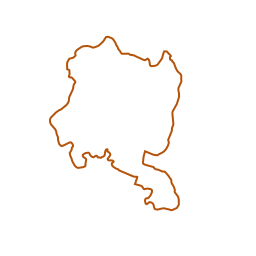 an SVG outline of Ghazni, rotated 337°
{"feature_id": "AFG-1757", "entity_name": "Ghazni", "entity_type": "Province", "adm_level": 1, "iso_a3": "AFG", "parent_name": "Afghanistan", "parent_adm1": "", "projection": "natural_earth1", "projection_center": [67.708, 33.141], "detail": "fine", "context": "isolated", "style": "outline", "palette": "amber", "viewbox_px": 256, "rotation_deg": 337, "n_neighbors": 0, "source": "natural_earth", "source_scale": "10m", "svg_char_len": 5334}
<svg xmlns="http://www.w3.org/2000/svg" viewBox="0 0 256 256"><g transform="rotate(337 128 128)"><path d="M61.3,118.9L59.5,118.5L58.4,115.8L58.9,111.8L59.4,110.4L59.7,110.1L59.8,109.7L59.9,109.2L60.0,105.6L60.2,104.6L60.4,103.9L60.6,103.1L60.5,100.8L58.5,94.5L58.5,92.9L58.5,92.3L59.5,89.8L60.3,88.9L60.6,88.7L61.3,88.2L67.6,85.6L71.6,84.7L73.3,84.8L73.7,84.7L80.5,82.7L81.9,81.9L83.4,80.8L84.5,79.3L85.0,78.2L85.8,77.0L86.4,76.2L90.9,72.2L92.4,70.8L94.8,67.2L95.3,66.7L95.8,66.3L97.3,65.5L97.5,65.0L97.6,64.5L96.6,61.3L96.1,60.0L95.8,59.4L95.7,59.3L94.6,58.8L93.8,58.3L93.7,57.9L93.7,57.5L94.2,56.8L94.9,56.2L95.1,55.9L95.3,55.5L96.1,53.2L96.5,52.3L96.5,51.8L96.3,51.3L95.0,50.2L96.3,46.7L96.6,46.1L97.2,44.7L98.1,43.5L101.0,41.3L104.3,41.8L105.5,41.8L107.7,41.0L108.1,40.7L108.2,40.4L108.6,38.5L108.9,38.0L109.4,37.6L110.3,36.8L110.9,36.5L111.4,36.3L116.2,35.3L118.0,35.2L120.2,35.7L122.8,36.7L125.0,38.2L126.7,40.0L127.5,40.4L128.4,40.6L131.7,40.8L132.6,40.8L133.7,40.6L138.2,39.0L140.2,37.9L141.2,37.0L141.6,36.9L142.1,36.6L142.3,36.4L143.3,35.7L144.9,36.1L145.9,36.8L148.0,38.9L148.6,39.7L149.0,40.6L149.7,44.5L149.7,45.1L149.6,46.4L149.6,47.1L149.7,47.9L150.0,48.8L150.0,49.4L150.0,50.1L149.9,50.7L150.0,51.4L150.1,52.3L150.8,54.4L150.8,55.7L151.3,57.1L152.0,57.6L152.9,57.9L157.3,59.7L157.7,60.0L158.4,61.3L161.8,63.4L162.8,64.6L163.1,65.0L169.1,71.5L169.6,71.9L170.0,72.1L170.4,72.2L171.1,72.1L171.7,72.0L173.3,71.9L173.9,73.8L173.9,74.3L173.8,75.0L173.3,76.7L172.9,78.1L172.9,78.9L173.0,79.4L173.1,79.6L173.3,79.9L174.0,80.3L174.9,80.7L177.7,81.4L178.4,81.4L179.6,81.3L180.2,81.1L186.1,77.5L186.6,77.1L189.6,73.3L191.3,71.6L193.4,72.6L193.7,73.0L194.0,73.6L194.1,74.1L194.7,75.9L195.4,77.4L195.6,78.1L195.6,78.5L194.9,78.7L194.6,78.9L194.3,79.2L194.0,79.8L193.8,80.5L193.6,81.4L193.8,81.8L194.1,82.2L194.4,82.5L194.8,82.8L194.9,83.1L194.8,84.1L194.9,84.4L195.4,85.0L195.6,86.9L195.6,87.0L195.4,90.1L195.5,93.2L195.7,94.8L196.0,95.8L196.8,97.5L197.4,99.0L197.6,99.9L197.5,100.6L195.8,104.5L195.4,106.0L190.3,110.7L189.5,111.9L188.8,114.3L188.5,115.9L188.0,117.3L187.4,118.8L186.6,120.0L182.3,125.0L175.7,130.1L174.9,131.2L174.4,132.3L171.2,142.4L168.3,145.5L167.8,146.6L166.9,148.1L162.0,153.0L161.2,153.8L160.5,154.4L160.3,154.8L160.2,155.6L160.0,157.0L159.5,158.0L157.7,160.0L154.8,162.3L153.9,162.8L152.0,163.6L150.1,164.0L145.8,164.3L144.9,164.6L144.3,164.5L143.6,164.2L140.7,162.3L134.6,156.1L131.2,160.4L128.3,165.6L128.1,166.2L128.1,166.5L128.1,166.9L129.6,168.7L136.2,173.9L136.7,175.9L137.4,176.8L139.5,178.2L142.6,181.4L143.0,181.7L144.4,182.3L144.7,182.5L144.9,182.8L145.2,183.4L146.6,188.0L147.1,190.7L147.4,191.6L147.5,192.3L147.5,192.9L146.9,194.5L146.7,195.4L146.7,196.4L147.2,199.9L147.0,203.1L146.4,204.2L146.1,204.7L146.0,205.4L146.2,206.4L147.1,210.0L147.2,210.8L147.2,211.5L146.7,213.9L144.8,218.5L142.0,220.5L141.6,220.7L136.9,220.8L136.3,220.7L135.6,220.4L134.7,219.7L133.6,218.7L131.6,217.4L130.2,216.2L129.3,215.8L127.9,215.4L123.5,214.7L123.1,214.5L122.0,213.8L121.3,213.3L121.1,213.0L121.0,212.5L121.0,211.7L121.5,208.4L121.4,207.6L121.2,206.9L120.4,205.8L119.8,205.3L119.3,204.9L119.0,204.7L118.7,204.7L118.4,204.7L118.0,204.8L116.0,205.4L115.7,205.4L115.1,205.2L114.9,204.6L114.8,203.9L115.0,202.6L115.2,201.7L115.6,200.9L116.0,200.5L116.4,200.1L116.6,200.0L116.8,199.9L117.1,199.9L118.2,200.2L118.9,200.3L119.1,200.4L119.4,200.3L119.8,200.2L121.7,199.2L123.0,198.3L124.2,197.2L125.1,196.1L125.4,195.6L125.6,195.1L125.7,194.6L125.6,194.2L125.3,193.6L124.7,192.9L122.3,191.4L121.8,191.2L119.1,190.7L118.9,190.5L118.7,190.3L118.1,187.3L117.0,185.9L112.5,182.4L117.3,176.9L117.4,176.6L117.2,176.4L114.8,175.3L114.1,174.8L103.3,163.6L103.1,163.3L103.0,162.5L102.8,162.2L101.0,160.5L99.2,157.7L98.8,156.6L98.8,155.7L98.9,155.3L99.0,154.9L99.2,154.5L99.4,154.2L99.7,154.0L99.9,153.9L100.9,153.8L101.2,153.7L101.4,153.5L101.6,153.3L101.6,153.0L101.5,152.7L101.3,152.4L101.0,151.9L100.4,151.5L97.9,150.4L97.5,150.1L97.1,149.4L97.1,148.9L97.2,148.5L97.5,148.2L100.2,146.7L100.6,146.4L100.9,146.1L101.2,145.7L101.4,145.3L101.4,144.9L101.4,144.4L101.3,143.8L101.1,143.3L100.9,142.9L100.8,142.7L100.5,142.3L100.1,141.8L100.0,141.7L100.0,141.4L100.1,141.2L100.2,140.9L100.5,140.4L100.6,140.2L100.6,139.9L100.7,139.6L100.5,139.4L100.1,139.3L99.3,139.4L98.9,139.7L98.6,139.9L97.4,141.4L96.6,142.8L96.0,143.7L95.6,144.1L95.2,144.3L94.8,144.5L94.3,144.6L92.1,144.6L91.6,144.8L91.2,144.8L90.9,144.6L90.3,144.0L89.9,143.7L88.9,143.4L88.7,143.2L88.6,142.9L88.7,142.2L88.6,141.9L88.5,141.6L88.4,141.4L88.1,141.2L87.8,141.1L87.1,141.1L84.9,141.4L84.6,141.4L84.3,141.2L83.8,140.7L83.1,139.6L82.8,138.8L82.6,138.0L82.5,136.2L82.4,135.8L82.2,135.5L81.8,135.2L81.2,135.0L79.1,134.5L77.2,134.7L76.2,135.0L75.9,135.2L75.6,135.5L75.5,135.9L75.5,136.7L75.7,137.3L76.1,138.0L77.0,139.5L77.2,139.8L77.3,140.2L77.1,140.8L76.6,141.7L75.4,143.4L74.5,145.1L74.4,145.6L74.2,146.0L73.8,146.3L73.4,146.5L71.2,146.5L70.4,146.2L66.9,145.4L66.1,144.9L65.5,144.3L64.9,143.4L64.4,142.1L64.1,140.5L63.8,137.4L63.8,136.0L63.9,135.0L64.1,134.5L64.1,133.9L64.0,131.4L64.2,130.2L64.3,129.9L64.4,128.9L64.5,128.6L64.6,128.3L64.9,128.0L67.4,126.2L67.8,125.7L68.3,124.7L68.6,124.3L69.0,124.0L70.2,123.4L70.4,123.1L70.6,122.5L70.6,121.7L70.5,120.4L70.1,119.5L69.7,118.8L68.5,118.5L61.3,118.9Z" fill="none" stroke="#b45309" stroke-width="2"/></g></svg>